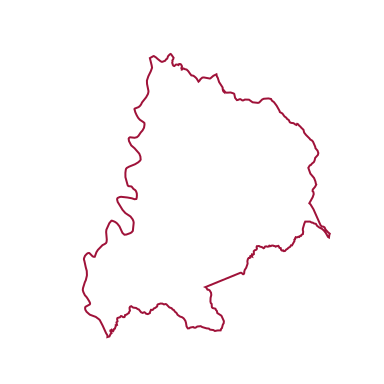 Ansermanuevo, Valle del Cauca, Colombia, rotated 166°
{"feature_id": "7082276B75435633270321", "entity_name": "Ansermanuevo", "entity_type": "district", "adm_level": 2, "iso_a3": "COL", "parent_name": "Colombia", "parent_adm1": "Valle del Cauca", "projection": "equal_earth", "projection_center": [-76.033, 4.79], "detail": "fine", "context": "isolated", "style": "outline", "palette": "rose", "viewbox_px": 384, "rotation_deg": 166, "n_neighbors": 0, "source": "geoboundaries", "source_scale": "gbopen_adm2", "svg_char_len": 5950}
<svg xmlns="http://www.w3.org/2000/svg" viewBox="0 0 384 384"><g transform="rotate(166 192 192)"><path d="M309.2,71.7L307.1,71.8L305.4,73.9L304.2,74.5L304.9,76.9L304.6,77.5L303.9,77.5L303.3,77.8L302.8,76.4L302.3,76.0L301.7,76.5L301.0,77.8L299.8,78.1L299.2,79.3L298.5,80.0L298.2,81.3L296.9,81.2L296.9,83.6L296.7,83.9L295.6,84.4L295.4,86.8L295.0,87.6L294.7,87.8L292.2,87.9L291.0,88.8L290.3,88.6L289.2,87.3L288.0,87.0L287.5,87.2L286.7,88.8L285.2,88.8L284.1,89.4L282.7,89.7L282.3,90.5L280.9,91.9L280.9,93.3L280.6,94.8L279.8,95.7L278.6,95.9L277.1,94.1L274.3,93.0L273.0,91.5L272.0,90.9L270.5,87.6L269.1,86.6L267.4,86.9L266.6,86.2L266.0,85.0L264.4,84.2L262.2,84.7L261.8,85.6L260.3,87.6L258.7,87.1L257.0,88.3L255.8,88.4L253.5,89.4L253.0,90.7L252.4,91.2L249.6,91.4L247.8,90.9L246.4,89.7L244.8,89.7L244.0,89.2L241.9,85.5L239.9,84.2L239.2,82.6L238.3,82.1L237.5,80.0L236.3,78.4L235.7,76.3L233.8,74.1L231.8,72.8L230.6,71.3L229.6,68.6L229.5,66.5L229.8,62.9L229.1,60.7L227.8,60.4L226.5,60.9L223.5,60.7L222.7,59.8L221.3,59.5L219.4,60.2L216.0,59.7L214.8,58.5L210.9,56.2L208.7,55.4L207.8,54.1L204.7,52.9L203.4,51.6L200.8,51.5L197.7,50.8L196.7,52.3L195.9,52.7L194.2,55.8L193.0,57.0L192.3,59.0L193.3,64.5L193.6,65.1L196.7,68.4L196.7,70.7L197.3,71.7L197.5,73.1L200.0,74.4L200.5,75.2L200.5,76.1L200.0,78.6L200.6,79.6L200.6,81.3L199.6,84.8L198.2,87.4L197.9,89.7L198.7,92.3L199.6,93.2L200.6,93.5L201.4,96.0L202.0,96.5L164.5,101.9L163.6,101.6L162.4,99.9L161.8,99.8L161.0,100.6L160.5,102.2L159.6,103.7L157.8,105.3L155.4,109.0L155.0,111.5L154.0,113.4L153.0,114.3L152.1,114.0L151.3,114.3L151.2,115.4L150.9,115.8L150.6,115.8L149.4,114.9L149.5,116.0L149.0,116.8L148.6,116.3L148.3,116.7L147.8,116.4L147.0,116.7L146.4,119.6L145.3,120.3L144.2,120.3L143.2,120.7L142.7,121.4L142.7,122.9L142.2,123.7L140.1,123.4L139.2,122.5L137.6,121.7L136.1,120.1L135.4,120.3L134.8,121.0L134.2,121.4L133.1,121.3L132.1,120.7L130.6,120.5L130.1,121.2L129.7,121.2L128.7,120.4L127.7,120.7L126.4,120.5L125.8,119.9L125.1,119.7L124.0,118.7L123.4,119.1L122.6,118.8L121.3,118.9L121.0,118.4L120.6,116.6L119.5,116.1L119.6,114.5L119.0,113.5L118.5,113.2L117.8,113.4L117.2,112.4L116.0,112.3L114.5,113.4L113.2,113.7L112.0,114.5L110.0,115.1L108.9,116.3L107.9,116.0L104.4,119.7L104.2,121.0L103.4,121.3L103.2,122.1L102.2,123.1L101.3,122.5L100.6,122.7L100.2,122.6L99.6,122.9L98.8,122.4L98.0,123.1L96.7,123.1L96.1,124.0L94.6,124.3L93.7,126.6L93.7,128.3L93.3,129.6L90.7,134.1L89.3,135.9L84.6,134.7L83.3,133.4L82.3,133.1L81.4,132.1L79.5,131.1L78.8,128.9L77.2,126.9L74.8,124.8L73.4,122.8L72.1,119.9L70.9,115.5L70.1,114.7L69.2,117.0L68.4,118.2L69.8,120.1L71.5,123.3L71.9,125.5L72.8,126.5L74.5,127.3L75.3,128.7L78.3,145.8L80.0,151.3L80.9,152.7L76.2,157.7L74.4,160.5L74.2,162.6L74.8,163.7L74.2,165.2L71.4,167.2L69.6,169.2L69.8,170.0L69.7,172.4L70.2,176.1L72.7,181.2L73.3,187.3L71.3,189.3L69.8,189.6L69.0,190.4L66.6,191.5L65.5,192.8L64.2,195.3L60.9,197.5L60.0,199.2L60.2,201.8L61.6,204.6L61.5,206.1L62.4,211.5L63.1,212.9L64.6,214.4L64.9,215.3L67.6,219.8L68.8,222.5L68.8,225.4L70.5,228.1L71.0,229.2L71.9,230.4L72.8,232.2L73.5,232.7L74.5,231.8L75.5,232.6L76.8,234.2L79.1,235.1L80.2,236.0L80.7,238.4L82.2,240.1L82.5,241.2L84.0,243.0L85.3,246.3L87.4,248.3L87.5,249.8L89.0,255.2L90.7,259.3L92.4,261.4L92.8,263.1L95.2,264.3L99.9,265.1L101.7,264.7L105.1,262.6L106.4,262.5L111.5,264.4L114.4,267.8L118.3,268.9L120.0,268.5L121.0,268.7L122.5,270.3L123.4,270.5L125.4,270.2L126.2,270.3L127.4,272.9L127.3,276.9L127.7,277.5L130.4,279.2L134.4,280.0L135.4,280.6L136.3,282.4L136.6,281.1L137.1,281.8L137.4,282.8L137.3,284.6L137.0,286.0L139.1,292.1L139.4,296.5L139.5,297.2L139.9,297.9L139.8,300.3L143.1,299.6L146.7,297.8L147.3,297.8L152.8,300.3L154.3,300.5L156.5,299.4L158.0,298.0L159.0,297.5L160.0,300.8L160.7,302.1L162.0,303.9L162.9,304.7L164.4,305.3L165.3,307.3L166.4,310.2L167.6,312.1L169.5,313.1L170.1,313.8L170.8,314.1L171.7,313.3L172.3,313.3L172.2,313.8L172.4,314.7L171.3,316.4L171.6,317.8L172.1,318.8L173.5,319.3L174.4,318.4L175.6,319.3L176.8,319.5L178.6,318.5L179.4,318.9L179.9,320.1L179.8,321.0L180.0,322.1L179.3,323.4L179.2,324.5L178.2,325.3L177.4,326.7L178.8,330.3L179.3,331.1L180.0,331.0L181.8,330.0L182.5,329.4L183.8,327.4L185.2,326.9L186.2,325.9L189.1,325.5L189.8,325.6L190.8,326.4L193.2,329.5L194.4,331.3L196.0,333.0L196.5,333.2L200.5,332.1L200.5,324.6L200.7,322.2L202.8,319.1L206.4,314.8L208.8,311.0L209.5,307.7L209.8,300.8L210.0,299.8L211.0,297.8L213.6,295.0L218.8,291.0L220.3,289.2L221.7,288.1L223.3,287.3L227.3,286.8L227.8,286.4L227.7,283.1L227.1,279.8L226.3,277.0L225.1,274.7L222.1,271.4L221.5,270.4L221.8,268.8L223.0,266.0L225.1,263.7L227.3,262.2L230.4,259.4L232.2,258.5L234.6,258.5L238.9,260.1L240.0,259.7L240.6,259.0L240.8,256.6L239.7,251.9L237.2,248.4L233.9,242.0L233.5,238.9L234.0,235.8L234.8,235.0L237.0,233.8L240.6,232.7L247.0,231.8L249.5,231.1L250.4,230.4L250.9,229.5L252.0,226.7L253.0,222.5L252.8,214.2L252.3,213.1L249.6,212.1L249.2,211.7L248.1,209.2L246.6,207.5L246.1,206.2L245.9,204.1L246.3,202.0L247.0,199.9L247.7,198.7L249.5,198.9L251.8,200.4L256.0,202.3L262.0,204.5L263.4,204.6L265.6,204.2L266.2,203.6L266.5,202.7L266.5,200.3L263.7,191.4L261.7,187.6L257.6,183.1L256.2,179.8L255.9,177.9L256.0,176.3L258.8,168.6L260.5,167.4L262.1,167.0L266.0,166.6L267.9,166.9L269.4,169.2L270.7,176.2L272.2,179.5L273.6,181.3L274.9,182.4L276.7,183.6L277.2,183.6L279.8,181.7L284.2,176.1L285.0,173.9L286.2,166.4L287.0,164.2L287.7,163.3L289.4,162.6L291.7,162.1L297.3,158.6L299.3,156.7L302.0,152.7L302.8,152.8L304.0,153.6L306.3,157.5L306.8,157.8L308.2,157.8L309.4,157.2L311.2,156.0L312.9,153.7L313.2,152.5L313.1,151.2L313.3,144.5L313.2,140.9L314.0,137.0L314.3,136.1L316.4,132.1L317.8,130.4L320.9,125.3L321.5,123.9L321.7,123.1L321.6,121.0L320.9,117.7L319.9,115.9L319.3,114.4L318.1,110.7L317.8,108.8L318.0,108.1L318.5,107.6L323.1,106.4L323.8,105.4L324.0,103.6L323.3,101.3L321.4,98.5L320.7,97.6L315.6,94.1L313.2,91.2L312.5,90.1L311.0,83.9L309.5,75.7L308.9,73.9L308.8,72.9L309.2,71.7Z" fill="none" stroke="#9f1239" stroke-width="2"/></g></svg>